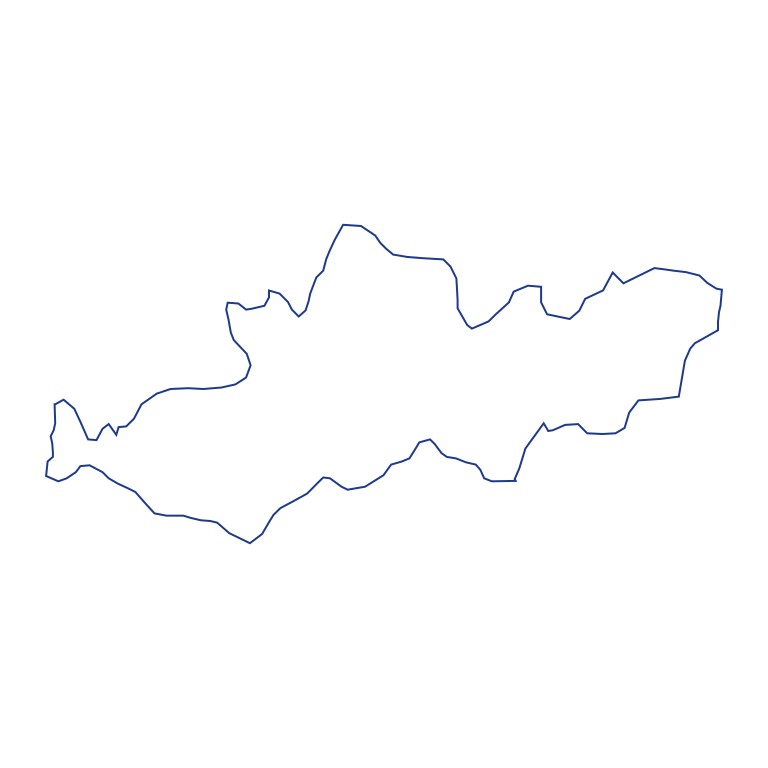 outline of Hongcheon-gun, Gangwon, South Korea
{"feature_id": "91817680B15226656503507", "entity_name": "Hongcheon-gun", "entity_type": "district", "adm_level": 2, "iso_a3": "KOR", "parent_name": "South Korea", "parent_adm1": "Gangwon", "projection": "mercator", "projection_center": [128.024, 37.738], "detail": "fine", "context": "isolated", "style": "outline", "palette": "blue", "viewbox_px": 768, "rotation_deg": 0, "n_neighbors": 0, "source": "geoboundaries", "source_scale": "gbopen_adm2", "svg_char_len": 2134}
<svg xmlns="http://www.w3.org/2000/svg" viewBox="0 0 768 768"><path d="M654.4,268.1L623.4,283.3L612.7,272.5L603.1,290.4L585.2,298.8L579.3,310.7L569.7,319.0L547.1,314.3L541.1,302.4L541.1,300.0L541.1,286.8L528.0,285.7L513.7,291.6L508.9,302.4L495.8,314.3L488.6,321.4L471.9,328.6L467.2,325.0L457.6,308.3L457.6,300.0L456.4,278.5L450.5,266.6L443.3,259.4L423.0,258.2L407.5,257.0L393.2,254.6L386.1,248.7L380.1,242.7L375.3,235.6L361.0,226.0L343.1,224.8L334.6,240.1L329.3,251.6L326.2,259.2L323.2,270.7L316.3,277.5L310.2,293.6L308.6,301.2L305.6,310.4L298.7,316.5L291.9,309.6L288.0,302.0L279.6,293.6L269.0,290.5L269.0,297.4L264.4,305.8L251.4,308.8L246.1,309.6L238.4,303.5L227.7,302.7L226.2,309.6L228.5,319.5L230.8,332.5L233.8,340.1L246.8,353.9L250.6,365.3L246.1,377.5L235.4,384.4L221.6,387.5L203.3,389.0L188.1,388.2L170.5,389.0L156.8,393.6L141.5,404.3L133.9,418.8L126.2,426.4L118.6,427.1L116.3,434.8L108.7,424.1L102.6,428.7L96.5,440.1L88.1,439.4L80.4,421.8L74.3,408.8L63.6,399.7L55.2,404.3L54.6,404.3L55.2,423.3L53.7,430.2L50.7,436.3L52.2,443.2L52.9,452.3L52.9,456.9L47.6,461.5L46.1,476.0L58.3,481.3L61.2,480.3L66.7,478.3L75.8,472.2L80.4,466.1L89.6,465.3L102.6,472.2L108.7,478.3L117.8,483.6L127.8,488.2L135.4,492.0L140.7,498.1L146.1,504.2L154.5,513.4L166.7,515.7L183.5,515.7L191.1,518.0L201.0,520.3L210.2,521.0L217.1,522.6L229.3,533.2L249.9,543.2L262.1,534.0L269.7,521.0L273.5,514.9L280.4,508.1L291.9,502.0L307.1,493.6L311.7,489.0L317.0,483.6L323.2,477.5L330.0,478.3L341.5,486.7L347.6,489.7L365.1,486.7L383.5,475.2L391.1,464.6L401.8,461.5L409.4,458.4L414.7,450.0L419.3,442.4L430.0,439.4L434.6,443.9L441.5,453.1L446.8,456.9L456.0,458.4L465.9,462.3L475.8,464.6L480.4,469.9L484.2,478.3L491.8,481.3L515.7,480.9L514.7,479.1L519.3,468.4L525.4,448.5L537.6,431.7L543.7,423.3L548.3,431.0L552.9,430.2L565.1,424.9L578.1,424.1L587.2,433.3L602.5,434.0L615.5,433.3L624.6,427.9L629.2,412.6L638.4,400.4L660.5,398.9L678.8,396.6L684.9,360.7L690.3,348.5L694.9,343.2L718.0,330.2L718.0,321.9L719.0,312.2L720.5,305.8L721.9,289.7L716.5,288.7L707.3,282.9L699.4,275.5L685.8,272.1L673.1,270.6L663.3,269.2L654.4,268.1Z" fill="none" stroke="#1e3a8a" stroke-width="2"/></svg>